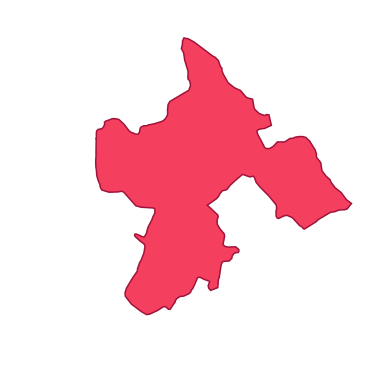 Cuilapa, Santa Rosa, Guatemala (Natural Earth projection), rotated 317°
{"feature_id": "79465075B18848858610216", "entity_name": "Cuilapa", "entity_type": "district", "adm_level": 2, "iso_a3": "GTM", "parent_name": "Guatemala", "parent_adm1": "Santa Rosa", "projection": "natural_earth1", "projection_center": [-90.29, 14.248], "detail": "fine", "context": "isolated", "style": "filled", "palette": "rose", "viewbox_px": 384, "rotation_deg": 317, "n_neighbors": 0, "source": "geoboundaries", "source_scale": "gbopen_adm2", "svg_char_len": 3448}
<svg xmlns="http://www.w3.org/2000/svg" viewBox="0 0 384 384"><g transform="rotate(317 192 192)"><path d="M75.1,250.6L77.6,252.4L85.7,255.1L92.7,256.4L94.2,257.5L94.5,258.2L94.8,261.6L95.8,262.9L104.8,260.9L105.1,260.4L108.0,259.5L112.1,260.3L114.9,262.5L120.4,264.3L123.0,264.3L124.0,263.4L126.6,263.2L131.0,261.4L137.3,258.6L138.7,258.8L140.0,260.5L140.4,261.6L141.0,263.4L141.9,265.5L142.7,266.7L143.1,267.7L143.6,268.6L143.7,269.6L139.8,271.6L138.6,273.9L138.5,276.7L145.7,279.5L151.5,274.1L153.5,273.2L162.2,266.3L163.1,265.6L163.8,265.2L164.7,264.6L165.4,264.3L166.3,264.1L167.3,264.1L168.0,264.5L172.1,267.8L176.0,267.6L177.9,266.1L180.5,265.7L182.0,265.9L184.5,267.7L185.7,267.5L187.0,266.0L186.6,262.0L183.4,259.0L181.2,257.3L179.4,254.9L178.9,254.0L178.9,251.4L181.5,249.7L185.9,246.4L187.0,244.5L187.3,238.2L188.5,232.8L190.1,231.0L191.1,229.7L194.0,228.2L195.2,226.5L194.2,212.1L205.1,213.6L208.7,213.3L211.1,212.3L215.0,211.8L219.0,214.0L224.7,213.1L231.5,213.1L241.0,213.6L244.5,220.3L247.5,222.2L247.6,224.0L246.7,225.8L245.5,228.7L245.1,234.6L245.5,246.9L244.8,258.8L242.8,261.7L240.6,263.1L237.8,266.2L236.8,267.7L236.6,269.1L237.2,270.4L242.7,272.1L245.2,273.5L245.9,274.6L247.9,279.1L247.8,289.9L248.6,292.6L248.4,294.9L249.0,295.8L262.6,298.4L265.6,298.3L279.3,301.3L283.1,303.8L287.3,305.5L291.6,309.1L293.8,310.2L300.8,309.2L299.7,303.0L300.7,294.2L299.6,286.6L300.3,279.6L301.3,277.4L300.9,271.5L301.3,267.0L301.7,264.9L302.7,263.4L304.8,260.3L305.5,259.5L306.3,257.8L306.6,252.3L307.3,250.7L309.0,249.0L310.8,245.1L312.8,234.8L312.4,229.6L310.8,227.0L307.8,224.2L304.5,222.1L303.3,222.0L300.0,219.6L293.9,218.6L288.6,213.6L282.8,214.0L279.0,213.3L277.5,212.4L275.8,210.6L275.4,209.3L277.6,201.5L279.3,195.0L280.3,192.9L280.9,191.9L281.5,191.6L282.2,191.6L283.2,191.7L285.4,192.8L288.4,195.0L295.5,197.4L300.9,188.1L299.2,186.0L297.9,185.9L296.9,185.0L294.6,180.2L294.3,174.5L294.9,172.6L299.6,165.5L296.6,160.8L296.3,158.7L296.7,150.8L296.1,149.7L294.1,144.5L292.9,136.9L295.3,126.9L296.8,123.4L298.3,121.9L298.3,119.8L300.0,116.0L300.9,114.0L300.8,109.2L299.9,106.9L295.8,83.7L293.9,77.8L291.2,73.8L287.9,75.2L285.8,77.4L282.0,79.9L280.9,84.2L278.8,87.4L276.5,90.7L271.5,101.0L266.2,106.4L266.0,109.4L263.6,113.1L259.0,115.4L252.8,114.0L237.6,110.7L234.2,111.7L229.9,115.4L227.7,118.1L225.5,119.5L221.4,120.4L218.2,119.9L211.2,116.5L208.5,114.9L206.0,113.2L204.1,112.7L201.9,110.7L199.5,109.8L197.6,110.0L194.4,112.4L192.2,112.9L190.3,111.4L190.0,110.6L189.0,108.3L188.3,107.5L187.7,104.2L188.5,96.1L188.0,89.1L186.0,86.2L183.7,84.0L181.3,83.1L177.3,81.3L175.6,81.3L174.0,83.1L170.9,84.3L169.0,84.1L166.0,82.2L164.0,82.3L162.7,83.2L159.1,87.0L158.0,87.4L157.6,88.4L150.3,96.0L148.0,98.4L147.3,99.3L142.7,103.7L138.6,108.3L138.3,108.9L136.0,112.1L135.3,112.8L133.2,115.7L131.6,118.8L130.3,122.0L130.1,123.0L128.1,126.2L127.4,129.0L130.4,134.3L131.4,135.8L138.0,141.5L140.8,143.3L142.0,145.5L141.5,163.7L144.4,168.5L146.1,170.2L152.9,177.4L153.1,179.1L152.6,179.9L151.5,181.0L150.6,182.0L146.5,183.5L143.4,185.1L137.0,187.3L135.7,187.8L129.9,191.4L126.5,192.3L125.6,191.4L125.2,190.9L124.4,188.7L122.7,184.9L122.0,184.2L121.5,183.9L120.6,184.4L120.3,185.0L120.1,186.2L120.6,192.6L121.5,197.3L120.7,199.6L115.1,203.9L108.0,207.3L105.5,207.9L99.6,211.1L98.1,212.6L91.8,213.9L87.8,214.9L78.7,217.6L75.6,219.2L74.0,220.3L72.1,222.9L71.2,232.7L73.4,245.0L75.1,250.6Z" fill="#f43f5e" stroke="#9f1239" stroke-width="1.5"/></g></svg>